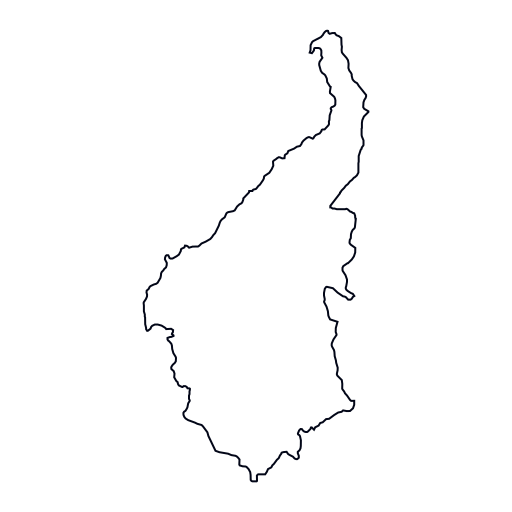 Montes de Oro, Puntarenas, Costa Rica (Robinson projection)
{"feature_id": "36466004B99490544719136", "entity_name": "Montes de Oro", "entity_type": "district", "adm_level": 2, "iso_a3": "CRI", "parent_name": "Costa Rica", "parent_adm1": "Puntarenas", "projection": "robinson", "projection_center": [-84.712, 10.146], "detail": "fine", "context": "isolated", "style": "outline", "palette": "ink", "viewbox_px": 512, "rotation_deg": 0, "n_neighbors": 0, "source": "geoboundaries", "source_scale": "gbopen_adm2", "svg_char_len": 6058}
<svg xmlns="http://www.w3.org/2000/svg" viewBox="0 0 512 512"><path d="M309.7,52.6L311.9,53.2L313.9,50.5L314.2,48.4L314.9,48.0L318.4,48.0L319.7,48.3L320.5,49.0L321.3,50.4L321.4,52.7L321.2,55.3L322.4,57.8L319.6,61.8L319.2,63.5L319.2,65.0L320.8,70.8L322.1,72.8L324.5,74.5L325.3,75.4L326.8,78.5L327.2,82.0L330.0,86.5L330.7,86.9L329.9,91.5L330.0,93.1L334.2,96.8L335.0,98.5L335.4,100.4L335.3,104.6L334.6,105.7L333.2,106.6L331.6,107.2L330.8,108.2L330.7,108.8L331.4,110.1L331.4,110.5L329.7,115.3L329.4,120.1L328.9,121.3L329.0,124.1L328.4,125.3L324.6,129.4L322.5,129.5L321.9,129.8L321.4,130.6L321.4,131.2L319.7,133.4L315.9,135.0L314.3,136.6L313.5,138.1L312.8,138.7L309.3,137.1L308.5,137.1L306.6,138.0L303.5,140.6L302.0,142.5L301.4,144.1L300.0,146.0L296.9,146.7L294.1,148.6L288.3,151.0L287.4,153.3L285.2,154.7L284.8,155.3L284.5,158.2L282.2,158.4L280.0,157.4L278.8,157.2L276.9,158.3L276.6,158.7L273.5,160.8L273.0,161.7L273.3,165.7L271.7,169.2L269.3,172.8L264.5,176.0L264.1,176.6L263.8,178.6L263.0,180.2L259.9,184.7L258.4,185.9L256.4,188.5L255.8,189.0L253.4,189.6L252.7,190.2L252.4,191.0L249.2,191.0L249.0,192.4L243.3,198.4L243.3,199.5L242.4,202.0L241.5,203.3L239.5,204.3L237.1,206.5L234.7,210.4L233.0,211.2L228.3,212.1L227.1,212.7L226.4,213.4L224.7,217.3L221.9,219.4L220.5,221.1L219.8,222.6L218.8,225.7L215.1,233.2L213.3,235.1L212.0,237.1L210.3,239.0L205.6,241.7L201.5,243.5L199.4,245.6L198.1,246.5L192.6,246.6L189.1,247.7L187.9,246.5L186.7,245.8L185.0,245.6L184.4,247.4L181.5,248.8L181.0,249.3L180.8,251.0L178.9,254.6L176.7,256.2L172.6,258.5L170.7,258.6L169.6,258.1L168.3,255.3L166.7,255.2L165.8,255.8L165.1,257.5L164.9,259.3L166.8,262.9L166.7,265.2L166.0,267.4L164.2,269.0L163.3,270.4L161.8,271.9L161.1,273.4L160.9,275.8L160.4,278.0L157.6,282.8L156.2,283.8L153.8,284.5L150.5,286.1L149.6,287.0L148.6,289.0L146.7,290.6L146.5,292.5L147.1,294.7L147.0,296.5L146.0,298.9L143.8,302.2L143.6,303.0L143.9,305.5L143.9,311.4L144.8,314.5L144.8,316.6L145.1,317.4L145.2,324.2L146.1,327.9L146.1,329.1L147.1,330.8L147.8,330.8L150.5,328.7L151.2,326.9L152.2,325.8L154.9,324.5L157.6,324.5L161.6,325.6L164.7,327.5L165.7,328.3L166.2,329.1L171.1,328.8L173.1,330.1L172.9,332.2L172.1,333.3L171.9,334.1L173.5,335.4L173.5,336.0L171.3,336.9L170.0,337.0L167.5,337.9L167.5,339.4L168.2,340.6L169.1,341.2L171.3,343.7L171.9,345.5L172.2,349.0L173.4,353.2L175.6,356.7L176.0,357.9L175.8,361.3L174.8,362.9L172.8,364.7L171.5,366.6L171.2,367.6L171.4,369.1L173.7,371.1L174.5,373.6L174.2,377.3L176.3,381.0L177.6,382.1L178.0,384.0L178.8,385.4L182.1,387.0L182.6,387.0L183.6,386.1L185.2,386.1L186.7,386.9L187.5,388.3L189.5,388.4L189.9,388.7L189.9,389.9L189.5,391.4L189.5,394.1L189.0,395.6L189.0,398.9L189.7,400.3L189.7,400.9L188.2,403.3L187.4,407.4L186.6,409.0L185.4,410.9L184.1,411.7L183.4,412.9L183.5,414.9L184.3,416.9L185.6,418.5L188.1,420.1L194.9,422.6L197.3,423.8L201.6,425.0L203.0,426.4L207.4,432.3L208.4,436.0L215.5,450.8L219.4,452.2L228.1,453.7L231.4,455.1L235.5,455.8L236.7,456.4L238.1,457.7L239.5,459.5L239.3,464.5L239.7,465.4L242.6,466.3L245.5,466.5L246.5,466.9L248.6,469.1L250.2,472.1L250.6,475.0L250.7,479.9L251.5,481.0L252.4,481.3L256.6,481.3L257.0,480.9L256.9,475.6L257.7,474.6L258.4,474.3L265.2,474.3L266.9,471.7L268.0,469.1L271.1,467.5L271.6,466.9L272.3,465.4L273.9,463.9L276.9,459.8L278.7,458.2L280.0,455.4L281.2,453.9L281.4,453.1L281.8,452.6L283.5,452.1L286.6,451.8L288.0,453.9L289.3,454.8L293.0,456.7L294.6,458.5L296.1,459.1L297.2,459.1L298.6,458.0L298.8,457.6L298.8,455.8L297.8,453.3L297.8,451.8L299.5,450.3L300.5,448.3L300.8,446.0L300.9,440.3L300.0,436.2L299.4,435.2L298.1,434.4L297.9,433.4L299.1,430.5L300.2,429.3L300.6,429.0L301.9,429.1L302.9,430.5L304.3,431.6L305.8,432.0L307.1,432.0L307.8,431.6L310.5,428.9L310.9,427.5L311.4,427.4L311.7,427.4L314.0,429.7L315.2,427.3L318.6,425.6L320.2,423.0L322.7,422.3L326.1,419.1L329.1,418.8L334.2,415.0L338.2,412.5L341.6,411.8L343.1,410.4L346.8,411.1L350.0,411.0L353.0,408.3L354.2,404.8L354.2,400.8L351.2,400.9L350.1,400.0L347.0,395.5L345.0,393.3L344.2,391.6L342.4,389.2L342.2,388.6L342.3,383.9L341.8,380.1L337.5,375.8L336.9,374.7L336.9,373.5L337.6,370.3L337.7,367.7L336.2,362.8L335.9,360.4L334.7,356.2L334.4,351.9L334.0,350.1L332.1,346.7L331.7,345.6L331.7,344.0L331.9,343.1L333.5,339.4L336.5,335.0L336.5,334.2L335.7,332.0L335.8,328.0L337.5,321.8L330.1,319.4L328.7,316.6L328.3,315.4L327.9,311.2L326.5,306.6L324.2,302.3L324.1,301.5L324.7,300.0L324.7,298.9L324.0,295.5L324.0,292.9L324.8,288.8L326.0,287.1L326.8,286.8L332.9,288.2L337.6,292.6L343.0,296.3L344.7,296.6L345.8,297.1L348.2,299.7L350.5,299.7L351.8,298.7L352.8,297.0L354.3,296.0L352.8,293.8L351.0,293.1L347.6,290.9L346.4,289.8L345.8,288.7L345.8,287.3L346.2,286.3L347.0,281.9L347.0,279.5L345.5,275.2L342.7,270.9L342.5,270.1L342.5,267.7L343.3,266.1L347.5,263.2L348.0,263.2L351.8,259.5L353.9,256.4L355.2,252.5L355.3,247.9L350.8,244.7L349.7,243.4L349.5,242.5L349.8,239.9L350.8,238.2L351.0,234.1L351.8,231.6L352.8,229.8L354.4,228.4L354.9,227.2L355.8,218.9L355.5,218.8L355.5,218.1L355.2,217.7L355.1,215.6L354.2,213.3L352.5,212.8L351.5,211.9L350.3,211.7L347.5,209.2L346.3,208.8L345.2,209.2L336.8,209.2L334.4,208.5L332.5,208.5L331.0,207.4L330.3,207.4L330.3,205.9L340.0,193.3L340.0,192.5L340.9,191.8L341.4,190.7L344.2,187.9L345.8,185.7L347.8,184.2L349.9,181.5L352.0,179.9L353.8,177.8L354.9,177.2L356.9,175.4L358.4,172.6L358.4,163.2L358.7,161.8L358.7,156.0L360.6,150.1L361.1,149.2L361.6,148.8L361.8,147.5L363.4,145.4L363.5,144.7L363.5,140.4L361.9,136.5L361.6,135.1L361.6,128.6L361.9,128.1L361.9,123.0L362.3,120.2L363.9,116.5L368.4,112.0L368.4,111.3L364.2,108.8L363.2,107.2L363.5,102.3L364.4,99.8L365.5,98.2L366.1,96.5L366.1,95.0L358.8,85.9L357.1,83.2L355.0,82.0L353.5,80.6L352.5,79.2L351.7,75.8L351.7,74.3L351.0,72.9L349.2,70.4L348.4,68.0L348.6,63.8L348.0,60.3L346.5,57.9L342.8,53.7L341.9,52.4L341.6,50.0L341.9,46.7L341.5,44.7L341.3,38.0L338.8,36.1L336.6,35.3L335.6,34.3L334.8,33.0L332.1,33.1L329.7,33.8L328.6,33.0L328.0,30.9L327.1,30.7L326.0,31.0L324.7,32.1L323.5,33.7L323.0,34.8L320.9,37.1L313.2,41.1L312.1,42.1L310.6,45.2L310.5,50.3L309.7,52.6Z" fill="none" stroke="#020617" stroke-width="2"/></svg>